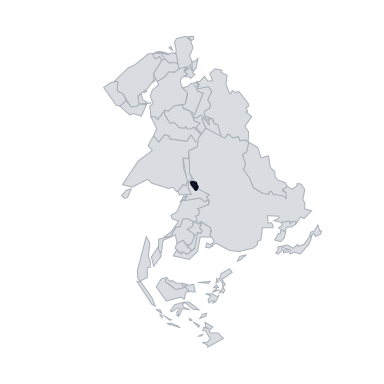 where Bhutan sits in Asia, rotated 56°
{"feature_id": "BTN", "entity_name": "Bhutan", "entity_type": "country or territory", "adm_level": 0, "iso_a3": "BTN", "parent_name": "Asia", "parent_adm1": "", "projection": "orthographic", "projection_center": [90.584, 27.506], "detail": "fine", "context": "in_parent", "style": "filled", "palette": "ink", "viewbox_px": 384, "rotation_deg": 56, "n_neighbors": 45, "source": "natural_earth", "source_scale": "50m", "svg_char_len": 13871}
<svg xmlns="http://www.w3.org/2000/svg" viewBox="0 0 384 384"><g transform="rotate(56 192 192)"><path d="M181.6,117.3L178.1,119.5L176.5,123.8L172.2,122.6L170.1,127.9L164.3,129.4L165.6,135.0L163.9,137.4L150.4,133.0L148.3,135.2L143.2,133.8L135.9,139.0L132.0,136.6L132.3,130.8L130.4,128.0L124.2,127.3L119.6,119.3L114.0,119.5L109.4,130.3L107.0,126.1L103.2,126.6L104.6,123.7L103.2,117.0L109.0,116.9L111.3,112.4L103.8,111.1L102.8,103.8L108.0,99.0L108.6,101.2L114.9,97.7L121.3,103.4L131.2,105.8L132.3,104.5L130.3,101.9L134.6,99.8L134.2,97.6L135.4,96.9L149.8,95.9L152.7,97.0L152.4,100.0L156.5,101.0L155.9,102.5L163.0,100.4L167.0,111.5L173.8,111.4L181.6,117.3Z" fill="#d9dde1" stroke="#a8b0b8" stroke-width="1"/><path d="M109.4,130.3L114.0,119.5L119.6,119.3L124.2,127.3L130.4,128.0L132.3,130.8L132.0,136.6L135.1,138.9L142.4,135.0L140.6,137.1L146.2,140.1L142.8,141.9L140.1,141.2L140.8,138.9L137.5,139.1L134.8,142.5L132.9,142.0L133.4,146.7L131.3,149.6L116.4,127.7L111.7,131.0L109.4,130.3Z" fill="#d9dde1" stroke="#a8b0b8" stroke-width="1"/><path d="M331.0,247.8L329.4,265.7L327.9,264.5L322.5,267.6L325.1,263.5L324.0,259.0L314.7,258.4L313.0,260.6L310.7,258.0L314.9,254.6L311.4,256.1L307.3,254.1L315.6,250.2L316.5,255.4L318.8,256.0L323.5,249.2L331.0,247.8ZM291.7,281.0L290.0,284.7L287.3,285.8L289.0,282.9L291.7,281.0ZM315.3,267.1L315.2,265.1L316.3,262.8L316.6,264.7L315.3,267.1ZM273.1,249.8L271.6,252.9L276.5,258.5L273.1,259.7L268.1,274.3L250.6,274.7L246.8,265.8L248.9,260.9L251.5,264.1L261.4,261.0L263.8,259.9L267.3,250.7L273.1,249.8ZM300.5,263.5L307.0,260.3L307.8,262.1L300.5,263.5ZM297.8,265.5L296.0,265.6L295.5,264.6L298.2,263.6L297.8,265.5ZM300.7,247.6L302.7,249.9L301.2,256.3L299.4,251.4L300.7,247.6ZM281.8,255.9L293.7,252.1L289.5,256.8L279.9,259.6L279.5,261.8L282.0,263.7L288.6,259.6L283.5,264.7L287.7,272.9L285.2,273.5L286.6,270.9L283.2,272.1L282.0,267.1L280.1,268.5L280.1,275.5L278.3,276.4L275.8,269.2L278.9,260.1L281.8,255.9ZM280.1,287.1L275.2,287.3L277.9,286.2L280.1,287.1ZM278.1,284.7L283.9,282.2L286.4,280.6L285.9,282.1L278.1,284.7ZM272.5,284.2L275.9,285.0L269.0,287.5L272.5,284.2ZM237.5,284.7L257.4,284.4L266.2,286.4L262.8,288.1L235.3,287.6L237.5,284.7ZM229.6,271.3L237.9,276.9L236.8,284.7L233.4,285.2L226.8,281.4L203.5,255.0L210.6,255.4L220.7,264.0L226.6,265.5L230.9,268.8L229.6,271.3Z" fill="#d9dde1" stroke="#a8b0b8" stroke-width="1"/><path d="M291.9,282.2L294.4,279.0L298.0,277.7L291.9,282.2Z" fill="#d9dde1" stroke="#a8b0b8" stroke-width="1"/><path d="M62.0,137.0L58.6,140.2L55.3,147.0L56.6,141.3L60.6,136.8L62.0,137.0Z" fill="#d9dde1" stroke="#a8b0b8" stroke-width="1"/><path d="M64.6,135.2L60.6,136.8L64.9,133.9L64.6,135.2Z" fill="#d9dde1" stroke="#a8b0b8" stroke-width="1"/><path d="M60.3,139.3L57.8,141.6L59.9,138.5L60.3,139.3Z" fill="#d9dde1" stroke="#a8b0b8" stroke-width="1"/><path d="M60.3,139.3L66.9,139.7L65.9,143.6L61.4,143.3L61.7,147.3L56.8,149.1L55.3,147.0L60.3,139.3Z" fill="#d9dde1" stroke="#a8b0b8" stroke-width="1"/><path d="M82.1,179.0L87.7,181.4L94.3,178.2L88.9,187.3L82.1,183.2L82.1,179.0Z" fill="#d9dde1" stroke="#a8b0b8" stroke-width="1"/><path d="M80.8,176.8L81.3,174.5L83.1,173.0L83.0,176.1L80.8,176.8Z" fill="#d9dde1" stroke="#a8b0b8" stroke-width="1"/><path d="M78.5,157.5L79.2,163.1L76.0,159.7L78.5,157.5Z" fill="#d9dde1" stroke="#a8b0b8" stroke-width="1"/><path d="M65.9,143.6L66.9,139.7L72.1,138.8L75.4,133.4L79.4,131.8L82.6,134.1L83.0,139.6L79.5,144.1L81.4,150.3L81.0,159.0L72.4,157.8L65.9,143.6Z" fill="#d9dde1" stroke="#a8b0b8" stroke-width="1"/><path d="M89.5,186.8L94.1,180.8L100.8,191.5L94.4,196.5L93.3,200.5L80.5,203.8L79.2,195.6L87.2,195.1L90.1,189.4L89.5,186.8ZM95.4,176.6L94.2,177.0L95.1,176.2L95.4,176.6Z" fill="#d9dde1" stroke="#a8b0b8" stroke-width="1"/><path d="M226.1,233.0L227.0,226.5L236.3,226.5L237.6,224.2L241.1,226.9L241.0,230.7L236.1,233.8L237.5,235.5L229.1,237.5L226.1,233.0Z" fill="#d9dde1" stroke="#a8b0b8" stroke-width="1"/><path d="M233.8,225.6L227.0,226.5L226.1,233.0L218.2,229.8L215.9,243.0L225.3,251.4L222.2,253.2L212.5,245.9L216.8,234.7L212.1,224.9L214.1,221.4L209.2,214.5L211.7,210.3L217.2,207.6L220.8,210.4L220.5,216.7L226.8,213.5L231.6,215.8L234.6,221.4L233.8,225.6Z" fill="#d9dde1" stroke="#a8b0b8" stroke-width="1"/><path d="M240.3,225.0L233.8,225.6L234.6,221.4L229.1,213.5L220.5,216.7L220.8,210.4L217.2,207.6L222.0,204.8L221.3,201.1L226.2,205.7L229.9,205.3L231.2,208.0L228.7,210.3L239.7,219.6L240.3,225.0Z" fill="#d9dde1" stroke="#a8b0b8" stroke-width="1"/><path d="M217.2,207.6L211.7,210.3L209.2,214.5L214.1,221.4L212.1,224.9L216.8,234.7L213.7,241.0L213.3,231.1L208.7,219.3L203.3,223.4L199.6,222.5L199.9,215.6L193.6,205.3L201.5,188.7L207.2,186.7L207.6,182.9L211.6,185.1L209.1,196.9L212.2,196.2L214.9,199.6L214.2,202.4L219.9,202.8L217.2,207.6Z" fill="#d9dde1" stroke="#a8b0b8" stroke-width="1"/><path d="M231.7,237.7L237.5,235.5L236.1,233.8L241.0,230.7L240.6,221.7L228.7,210.3L231.2,208.0L229.9,205.3L226.2,205.7L222.8,200.5L231.7,196.7L240.1,201.4L233.9,210.3L244.5,220.9L246.3,232.0L234.5,243.2L231.7,237.7Z" fill="#d9dde1" stroke="#a8b0b8" stroke-width="1"/><path d="M276.4,123.5L276.8,128.5L274.0,133.4L277.0,137.0L270.2,140.2L270.1,135.9L267.2,135.0L268.1,132.6L270.1,127.7L273.1,127.9L272.1,126.4L274.4,122.2L276.4,123.5Z" fill="#d9dde1" stroke="#a8b0b8" stroke-width="1"/><path d="M273.6,140.3L277.0,136.2L281.5,140.9L282.8,146.2L278.0,150.3L274.7,143.4L276.0,142.4L273.6,140.3Z" fill="#d9dde1" stroke="#a8b0b8" stroke-width="1"/><path d="M182.4,117.1L191.8,112.6L202.3,115.5L204.8,108.4L215.3,113.3L221.6,112.0L225.5,114.5L230.0,114.2L236.2,109.6L240.9,109.7L241.4,116.4L245.5,114.4L250.0,116.5L239.5,126.0L235.9,125.8L235.3,127.9L236.9,129.9L234.4,133.1L222.8,138.8L212.7,136.5L202.1,136.9L199.3,132.3L189.2,129.3L189.3,124.4L182.4,117.1Z" fill="#d9dde1" stroke="#a8b0b8" stroke-width="1"/><path d="M207.6,182.9L207.2,186.7L201.5,188.7L194.7,203.5L193.0,198.4L191.8,200.5L190.1,198.8L193.7,194.0L186.5,193.1L182.6,189.3L181.5,191.4L183.6,193.2L181.1,195.5L182.9,196.4L183.3,204.6L177.6,205.1L176.0,209.4L162.5,220.2L156.7,221.8L154.5,239.0L147.0,245.6L136.2,219.2L135.3,201.8L128.9,202.4L123.8,192.3L132.0,191.6L129.1,182.6L132.6,179.8L135.7,180.5L147.0,167.9L144.1,160.9L152.3,160.8L155.1,158.4L157.5,162.4L156.0,171.4L162.1,176.2L158.9,180.5L167.6,185.7L181.1,189.3L183.1,184.0L183.4,187.2L186.0,188.4L192.6,188.0L191.6,185.0L204.0,179.2L204.5,182.6L207.6,182.9Z" fill="#d9dde1" stroke="#a8b0b8" stroke-width="1"/><path d="M193.0,198.4L193.8,207.9L190.9,201.2L188.2,201.1L187.5,204.2L183.8,203.4L181.1,195.5L183.6,193.2L181.5,191.4L182.6,189.3L186.5,193.1L193.7,194.0L190.1,198.8L191.8,200.5L193.0,198.4Z" fill="#d9dde1" stroke="#a8b0b8" stroke-width="1"/><path d="M181.4,184.6L181.1,189.3L178.7,189.3L158.9,180.5L163.3,175.5L174.9,183.4L181.4,184.6Z" fill="#d9dde1" stroke="#a8b0b8" stroke-width="1"/><path d="M155.1,158.4L152.3,160.8L144.1,160.9L147.0,167.9L135.7,180.5L132.6,179.8L129.1,182.6L132.0,191.6L123.8,192.3L119.8,185.8L106.9,184.0L108.6,180.5L112.7,179.8L108.8,168.6L112.5,171.3L122.5,171.6L125.0,167.5L131.4,166.7L140.6,153.3L149.1,152.5L151.1,156.7L155.1,158.4Z" fill="#d9dde1" stroke="#a8b0b8" stroke-width="1"/><path d="M124.1,148.2L134.6,150.2L139.4,146.7L140.7,152.5L144.7,150.7L149.1,152.5L138.9,154.4L139.2,157.4L136.7,160.8L134.3,160.3L134.9,162.6L131.4,166.7L125.0,167.5L122.5,171.6L112.5,171.3L108.8,168.6L111.7,166.3L110.6,158.6L114.6,150.7L118.5,152.5L124.1,148.2Z" fill="#d9dde1" stroke="#a8b0b8" stroke-width="1"/><path d="M131.3,149.6L133.4,146.7L132.9,142.0L140.8,138.9L141.1,141.3L137.0,142.9L146.8,144.8L148.9,151.5L140.7,152.5L139.4,146.7L134.6,150.2L131.3,149.6Z" fill="#d9dde1" stroke="#a8b0b8" stroke-width="1"/><path d="M142.4,135.0L148.3,135.2L150.4,133.0L163.9,137.4L146.8,144.8L137.0,142.9L137.6,141.1L146.2,140.1L140.6,137.1L142.4,135.0Z" fill="#d9dde1" stroke="#a8b0b8" stroke-width="1"/><path d="M103.2,126.6L107.0,126.1L108.3,130.1L111.7,131.0L116.4,127.7L129.0,146.4L128.4,148.3L126.8,147.0L116.6,152.5L114.6,150.7L115.2,148.1L108.4,141.0L100.3,141.2L102.3,135.9L101.3,131.9L102.9,129.6L106.5,130.6L106.0,126.5L103.0,128.7L103.2,126.6Z" fill="#d9dde1" stroke="#a8b0b8" stroke-width="1"/><path d="M81.0,159.0L81.4,150.3L79.5,144.1L83.0,139.6L82.8,131.4L84.7,127.1L87.3,130.7L92.0,129.8L91.4,136.6L93.7,139.9L99.9,141.9L107.0,140.3L115.2,148.1L110.6,158.6L111.7,166.3L108.8,168.6L112.7,179.8L108.6,180.5L106.9,184.0L97.1,179.0L97.0,174.9L88.7,172.7L85.3,167.8L84.5,159.6L81.0,159.0Z" fill="#d9dde1" stroke="#a8b0b8" stroke-width="1"/><path d="M61.0,138.5L64.6,135.2L65.3,131.0L68.7,127.8L78.4,131.9L75.4,133.4L72.1,138.8L62.2,140.8L61.0,138.5Z" fill="#d9dde1" stroke="#a8b0b8" stroke-width="1"/><path d="M88.0,130.9L85.2,124.3L86.3,121.9L89.3,124.3L88.0,130.9Z" fill="#d9dde1" stroke="#a8b0b8" stroke-width="1"/><path d="M82.6,134.1L68.7,127.8L66.3,130.1L67.6,127.8L65.7,125.9L57.8,122.6L56.1,119.0L59.5,110.0L66.2,108.5L72.9,110.5L77.8,117.8L85.5,119.7L86.3,126.8L84.7,127.1L82.6,134.1ZM63.9,103.8L66.3,105.2L66.0,108.0L61.0,108.4L63.9,103.8Z" fill="#d9dde1" stroke="#a8b0b8" stroke-width="1"/><path d="M160.3,248.2L159.8,251.3L155.7,252.5L153.8,245.6L155.4,240.7L160.3,248.2Z" fill="#d9dde1" stroke="#a8b0b8" stroke-width="1"/><path d="M245.4,211.5L242.5,208.1L248.5,204.9L247.7,209.5L245.4,211.5ZM146.8,144.8L165.6,135.0L164.3,129.4L170.1,127.9L172.2,122.6L176.5,123.8L178.1,119.5L182.4,117.1L189.3,124.4L189.2,129.3L199.3,132.3L202.1,136.9L212.7,136.5L222.8,138.8L232.1,134.6L236.9,129.9L235.3,127.9L235.9,125.8L239.5,126.0L245.8,118.8L250.1,117.6L245.5,114.4L240.5,115.3L240.9,109.7L245.4,107.9L245.7,102.1L243.8,100.1L246.3,97.3L253.2,97.2L260.5,104.6L263.9,104.4L269.1,108.0L274.4,103.4L276.7,113.9L273.4,115.9L276.4,123.5L274.4,122.2L272.1,126.4L273.1,127.9L270.1,127.7L267.2,135.0L261.5,140.1L262.3,134.8L260.6,133.6L253.9,142.6L260.2,146.2L262.0,143.4L265.8,143.7L266.7,145.2L261.0,153.5L270.3,161.8L269.7,165.3L272.4,167.4L272.7,172.7L267.7,186.3L261.4,193.6L248.0,200.7L247.4,204.2L245.8,204.7L245.3,201.1L237.1,201.0L235.9,198.0L231.7,196.7L221.3,201.1L222.0,204.8L214.2,202.4L214.9,199.6L212.2,196.2L209.1,196.9L211.6,185.1L209.2,182.6L204.5,182.6L204.0,179.2L193.9,184.6L186.8,183.3L183.3,186.5L183.1,184.0L174.9,183.4L156.0,171.4L157.5,162.4L151.1,156.7L146.8,144.8Z" fill="#d9dde1" stroke="#a8b0b8" stroke-width="1"/><path d="M274.4,182.0L275.3,190.1L274.7,193.0L272.1,188.5L274.4,182.0Z" fill="#d9dde1" stroke="#a8b0b8" stroke-width="1"/><path d="M92.3,122.0L93.7,125.1L96.1,123.8L97.2,129.6L95.6,129.2L91.8,134.1L92.0,129.8L88.0,130.9L88.0,126.9L88.9,122.6L91.3,124.3L92.3,122.0ZM87.3,130.7L86.3,129.8L86.3,126.8L87.6,128.3L87.3,130.7Z" fill="#d9dde1" stroke="#a8b0b8" stroke-width="1"/><path d="M84.5,112.3L91.7,119.4L91.7,124.1L83.8,118.9L85.4,115.8L84.5,112.3Z" fill="#d9dde1" stroke="#a8b0b8" stroke-width="1"/><path d="M280.8,223.0L277.7,219.8L281.2,220.2L280.8,223.0ZM286.4,231.4L285.8,225.8L287.0,227.4L288.6,223.8L286.4,231.4ZM292.6,227.2L296.3,234.0L295.6,237.0L294.4,234.3L293.3,236.2L293.6,239.8L290.4,239.0L288.4,234.5L284.0,237.8L287.9,232.0L293.0,229.5L292.6,227.2ZM277.0,229.3L270.4,237.6L276.2,226.9L277.0,229.3ZM281.0,203.6L281.2,216.1L287.3,216.1L288.2,219.8L284.7,217.6L278.4,218.4L279.1,216.1L275.9,214.1L276.6,203.9L281.0,203.6ZM283.3,227.9L282.6,223.5L286.0,223.5L283.3,227.9ZM292.0,219.8L293.2,223.0L291.1,222.8L290.9,226.6L288.7,219.6L292.0,219.8Z" fill="#d9dde1" stroke="#a8b0b8" stroke-width="1"/><path d="M218.8,251.2L227.9,253.2L232.1,265.3L223.1,261.9L218.8,251.2ZM273.1,249.8L267.3,250.7L263.8,259.9L251.5,264.1L249.4,262.8L248.9,260.9L253.5,260.6L254.1,258.0L258.9,255.9L262.4,251.0L265.8,251.0L269.4,242.3L276.7,245.2L273.1,249.8Z" fill="#d9dde1" stroke="#a8b0b8" stroke-width="1"/><path d="M265.9,247.5L265.8,251.0L263.8,252.3L262.4,251.0L265.9,247.5Z" fill="#d9dde1" stroke="#a8b0b8" stroke-width="1"/><path d="M300.4,123.6L303.9,136.6L299.2,140.9L298.0,145.6L295.2,142.8L288.1,148.4L291.0,149.8L291.5,155.5L289.2,156.5L288.7,153.5L285.5,151.4L289.4,142.4L295.2,139.6L294.6,133.5L296.5,134.3L298.0,128.5L294.7,119.3L296.1,117.9L300.4,123.6ZM296.3,108.0L296.5,106.3L298.8,109.1L297.7,114.6L294.3,114.1L295.3,117.6L293.6,118.6L291.7,115.9L292.7,112.3L289.7,106.0L296.3,108.0ZM291.4,148.5L293.3,144.5L295.7,145.5L293.5,150.3L291.4,148.5Z" fill="#d9dde1" stroke="#a8b0b8" stroke-width="1"/><path d="M79.2,195.6L80.5,203.8L77.6,206.3L56.0,206.8L55.7,198.0L58.9,191.7L66.3,197.3L72.2,194.2L79.2,195.6Z" fill="#d9dde1" stroke="#a8b0b8" stroke-width="1"/><path d="M55.2,147.4L60.2,148.2L61.7,147.3L61.4,143.3L65.9,143.6L72.4,157.8L77.7,160.8L81.1,170.3L82.1,183.2L89.5,186.8L90.1,189.4L87.2,195.1L72.2,194.2L66.3,197.3L58.9,191.7L56.8,194.8L53.5,175.9L54.6,168.0L53.0,150.9L55.2,147.4Z" fill="#d9dde1" stroke="#a8b0b8" stroke-width="1"/><path d="M63.7,128.9L59.7,130.4L59.5,128.2L63.7,128.9Z" fill="#d9dde1" stroke="#a8b0b8" stroke-width="1"/><path d="M191.4,185.0L191.3,185.3L191.3,185.5L191.5,185.9L191.7,186.1L192.0,186.1L192.3,186.0L192.6,186.3L192.7,186.5L192.6,186.8L192.5,187.0L192.6,187.4L192.7,187.6L192.7,187.8L192.5,188.0L192.3,187.9L192.2,187.9L192.0,188.0L191.8,188.0L191.6,188.1L191.1,188.1L190.9,187.9L190.4,188.2L190.0,188.1L189.2,188.2L188.9,188.3L188.5,188.2L188.3,188.2L188.0,188.0L187.7,187.9L187.4,188.0L187.1,188.3L186.6,188.4L186.0,188.5L185.9,188.4L185.6,188.4L185.5,188.2L185.4,188.2L185.2,188.1L184.8,188.0L184.3,188.1L184.0,187.9L183.6,187.7L183.4,187.6L183.4,187.3L183.3,187.2L183.2,187.0L183.1,186.9L183.5,186.5L183.7,186.0L183.9,185.8L184.2,185.6L184.3,185.2L184.7,184.8L185.0,184.4L185.3,184.1L185.4,183.9L185.8,183.8L186.0,183.7L186.2,183.4L186.5,183.3L187.1,183.3L187.4,183.4L187.7,183.5L187.8,183.6L187.7,183.9L187.7,184.0L187.8,184.0L188.1,184.1L188.5,184.0L188.8,184.0L189.3,184.2L189.5,184.3L189.8,184.4L190.0,184.2L190.4,184.0L190.5,184.1L191.0,184.3L191.3,184.4L191.4,184.5L191.4,184.9L191.4,185.0Z" fill="#0f172a" stroke="#020617" stroke-width="1.5"/></g></svg>